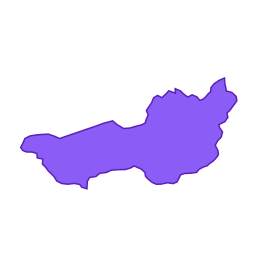 São Domingos, Sergipe, Brazil (Equal Earth projection), rotated 281°
{"feature_id": "56859067B88491630275121", "entity_name": "São Domingos", "entity_type": "district", "adm_level": 2, "iso_a3": "BRA", "parent_name": "Brazil", "parent_adm1": "Sergipe", "projection": "equal_earth", "projection_center": [-37.572, -10.77], "detail": "fine", "context": "isolated", "style": "filled", "palette": "violet", "viewbox_px": 256, "rotation_deg": 281, "n_neighbors": 0, "source": "geoboundaries", "source_scale": "gbopen_adm2", "svg_char_len": 1471}
<svg xmlns="http://www.w3.org/2000/svg" viewBox="0 0 256 256"><g transform="rotate(281 128 128)"><path d="M98.1,28.9L93.0,27.7L88.4,26.4L85.9,28.9L85.1,33.0L86.1,38.4L85.6,43.3L81.3,44.7L81.2,50.3L76.2,50.9L73.7,54.7L70.5,58.1L68.4,61.5L65.9,65.0L62.4,68.1L60.9,73.4L61.3,79.3L63.3,85.8L63.4,91.3L61.0,94.0L60.5,99.3L64.3,98.7L68.0,98.3L72.2,99.8L74.3,105.8L78.1,108.9L80.3,115.4L83.4,119.7L85.2,126.3L86.7,133.2L89.0,137.8L91.9,141.4L90.1,149.1L87.6,153.1L83.9,154.4L81.7,157.4L79.2,162.1L78.2,166.6L79.2,171.1L81.8,177.2L82.0,182.9L84.3,186.3L88.1,187.6L91.9,188.4L94.1,192.1L95.5,197.9L97.5,203.8L101.2,205.8L104.2,209.6L106.0,212.9L108.6,214.8L111.9,218.0L115.7,220.4L118.9,221.8L122.8,220.7L127.7,216.9L132.4,218.4L136.8,221.2L142.1,221.6L145.8,217.9L148.6,216.5L152.6,221.8L157.4,224.0L161.7,222.3L164.3,224.4L168.7,226.5L172.2,228.2L175.5,229.6L179.6,228.2L182.7,223.1L183.2,217.4L186.3,216.3L189.9,214.6L195.5,213.2L192.1,208.3L187.9,204.1L183.6,201.8L179.4,202.1L176.2,199.8L173.3,198.3L170.8,196.4L168.8,193.3L171.7,189.7L172.8,184.6L169.8,180.8L172.1,175.9L174.4,172.5L175.6,166.8L171.3,167.9L172.3,160.9L169.3,159.2L164.2,155.4L165.6,150.8L162.6,147.4L157.1,146.3L152.4,144.2L148.6,142.7L144.8,145.3L139.6,144.2L136.0,143.8L133.4,140.2L131.8,136.6L128.2,129.6L126.7,123.7L129.3,116.5L132.1,111.6L127.9,102.9L124.9,98.1L104.6,62.8L105.9,57.4L106.8,51.1L105.5,45.8L103.8,39.5L101.5,33.3L98.1,28.9Z" fill="#8b5cf6" stroke="#5b21b6" stroke-width="1.5"/></g></svg>